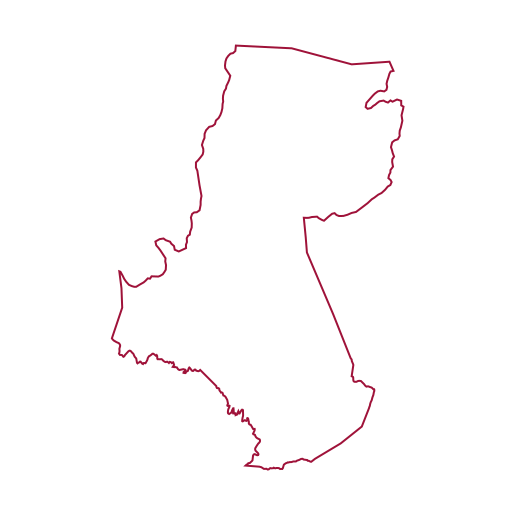 San Miguel Quetzaltepec, Oaxaca, Mexico, rotated 187°
{"feature_id": "50627088B89503535126650", "entity_name": "San Miguel Quetzaltepec", "entity_type": "district", "adm_level": 2, "iso_a3": "MEX", "parent_name": "Mexico", "parent_adm1": "Oaxaca", "projection": "equal_earth", "projection_center": [-95.769, 16.979], "detail": "fine", "context": "isolated", "style": "outline", "palette": "rose", "viewbox_px": 512, "rotation_deg": 187, "n_neighbors": 0, "source": "geoboundaries", "source_scale": "gbopen_adm2", "svg_char_len": 6025}
<svg xmlns="http://www.w3.org/2000/svg" viewBox="0 0 512 512"><g transform="rotate(187 256 256)"><path d="M149.6,166.1L172.3,207.6L205.9,265.7L208.9,280.5L213.2,299.8L210.4,300.0L208.1,300.4L205.3,301.5L200.2,302.5L198.3,301.2L194.8,299.8L192.8,299.3L188.9,303.8L185.6,307.2L183.2,308.1L181.1,306.5L178.5,305.8L174.2,306.4L170.2,308.1L166.3,310.4L162.1,311.9L151.7,322.0L148.0,326.4L145.6,328.4L142.1,331.8L139.1,333.8L135.9,337.5L133.7,341.0L131.3,342.8L130.4,345.9L131.7,347.8L134.1,349.4L133.8,352.6L132.8,355.2L133.0,357.7L130.9,361.4L132.3,365.9L132.5,368.6L131.1,371.5L132.9,374.9L133.8,377.3L135.3,380.5L134.7,385.4L132.6,387.6L129.5,389.1L128.0,392.7L128.5,395.0L128.6,398.0L127.9,401.2L127.2,408.1L128.7,413.4L127.9,419.8L127.8,422.2L130.2,423.2L130.8,427.7L135.1,428.5L139.3,425.8L141.5,426.8L143.7,424.4L146.2,424.9L148.3,425.8L152.3,424.6L154.4,422.6L156.0,420.8L158.0,419.2L159.9,416.9L163.2,415.7L165.3,417.2L165.0,421.5L159.6,429.4L157.9,431.6L155.2,434.2L152.6,435.2L148.8,435.0L146.8,436.8L146.4,439.8L147.4,442.8L147.1,445.9L146.4,449.2L145.8,453.1L144.9,455.5L142.1,456.5L147.2,465.1L184.4,457.9L245.9,466.5L301.6,462.4L301.5,456.9L303.5,454.6L306.0,453.7L307.9,451.3L309.4,448.5L310.0,445.4L310.0,441.3L309.4,438.6L303.5,431.8L304.1,427.3L304.8,424.9L306.1,421.2L306.2,418.5L307.6,415.6L308.2,411.1L308.0,408.0L307.4,405.3L307.7,402.9L307.4,398.5L307.8,394.8L308.6,391.5L309.9,388.4L312.3,385.6L312.8,381.9L315.0,379.7L318.2,378.5L320.9,374.7L321.9,371.0L321.5,366.8L322.4,364.0L323.2,359.6L321.4,355.9L321.0,353.1L321.3,350.3L323.1,347.2L325.2,343.9L327.0,341.6L326.4,336.5L324.6,333.5L320.7,319.4L317.4,308.9L317.6,306.2L317.6,303.3L317.2,299.9L317.6,294.5L320.1,292.2L322.7,291.7L324.5,290.0L325.3,286.2L324.3,283.1L323.7,280.6L323.3,276.4L324.3,272.2L324.3,269.1L326.0,267.8L326.9,265.2L326.2,261.4L326.9,258.7L326.4,255.3L333.2,251.1L337.4,252.3L338.6,255.9L341.6,257.9L343.0,259.7L347.5,260.7L349.9,262.1L353.7,261.0L357.6,258.1L356.3,254.4L353.9,252.3L351.5,249.8L345.5,242.7L345.4,239.5L344.2,236.0L343.9,231.4L345.0,228.9L346.3,226.5L348.6,224.7L350.4,223.7L357.2,223.1L358.4,220.6L360.7,220.6L362.6,218.0L364.3,216.1L367.7,213.6L371.2,210.8L373.2,210.6L375.6,211.0L378.6,211.9L381.8,214.7L384.0,217.2L385.9,220.1L388.6,223.8L389.8,224.1L385.6,207.6L382.5,188.4L389.0,156.7L388.0,155.6L386.4,154.5L385.8,154.2L385.3,154.2L384.3,153.6L381.9,152.9L381.1,152.5L380.0,151.0L379.9,149.9L380.3,147.2L379.9,145.3L379.8,144.0L380.1,142.4L378.9,141.2L377.6,141.4L376.9,141.3L376.5,141.0L375.8,140.1L375.3,139.8L374.5,140.4L374.0,141.7L371.0,145.9L370.2,146.5L369.7,146.7L368.6,146.3L367.0,144.8L366.3,144.4L365.6,143.7L365.0,142.6L364.1,141.2L362.4,139.7L361.1,135.5L360.5,135.0L359.8,135.7L358.8,136.3L358.2,137.1L357.7,137.1L355.9,135.3L355.0,135.0L354.7,136.0L353.7,136.2L352.9,136.0L352.5,136.3L352.0,137.6L351.6,138.5L351.1,140.0L351.0,141.3L350.1,143.4L349.3,143.9L347.5,145.6L346.9,146.4L346.0,146.5L344.2,145.5L343.3,144.8L342.9,145.0L342.5,145.5L341.9,144.7L341.5,142.2L341.1,141.6L338.9,141.8L337.2,142.1L336.5,141.8L335.1,140.6L333.5,139.8L332.5,139.7L331.4,140.3L329.9,139.6L329.4,139.2L328.7,140.4L327.9,140.3L327.3,140.1L326.5,139.4L326.1,139.7L325.6,140.3L325.2,140.4L324.0,137.9L325.1,135.8L323.5,135.7L322.8,136.0L321.4,135.7L321.0,135.8L319.5,134.1L318.2,133.5L314.4,134.8L312.3,134.5L312.1,134.3L312.1,133.7L312.7,132.9L313.7,132.0L313.7,131.2L312.2,131.1L311.7,131.2L311.3,132.3L310.7,133.0L309.9,133.4L309.6,133.7L309.1,136.3L308.6,137.2L308.2,137.0L307.1,135.8L306.5,135.4L305.9,134.5L304.9,134.2L304.5,134.2L304.0,134.6L303.2,135.7L302.7,135.9L302.2,135.8L301.4,134.9L299.3,134.6L298.4,135.0L297.5,136.1L279.6,122.1L279.2,120.9L278.7,120.2L278.2,120.1L277.2,120.3L276.9,120.2L276.2,119.5L276.1,118.6L275.5,117.7L274.5,116.8L274.2,116.2L273.3,116.4L272.4,115.9L272.2,115.3L271.4,113.6L270.2,113.3L269.1,112.5L267.7,110.6L267.0,109.6L266.0,106.7L265.8,106.1L266.3,104.3L266.0,103.8L265.4,103.8L264.3,104.2L264.0,104.1L264.0,103.6L264.1,102.5L264.6,101.3L264.9,99.8L264.9,97.6L264.5,96.4L263.4,95.9L261.5,97.5L261.1,98.8L261.0,99.7L260.2,102.0L259.8,102.1L259.6,101.3L259.2,99.2L259.1,98.5L259.6,97.3L259.5,97.0L258.7,97.1L258.2,96.9L257.6,97.4L257.2,97.4L257.0,96.9L256.8,95.6L255.2,96.5L255.0,97.1L255.1,98.1L254.6,99.8L253.7,98.1L253.1,97.8L251.7,101.1L251.1,101.8L250.4,101.7L250.1,101.2L250.0,100.4L249.4,96.4L249.4,95.4L249.6,94.0L249.7,92.0L249.6,90.4L249.2,90.2L248.6,90.5L247.5,91.5L247.0,91.7L245.6,91.1L245.0,91.4L244.8,91.8L244.7,92.6L245.0,93.5L244.9,94.0L244.5,94.1L244.0,93.6L243.8,93.2L243.4,91.8L242.9,90.7L242.7,88.9L242.2,88.2L241.7,87.9L240.8,87.9L240.1,87.1L239.2,85.9L237.7,83.9L236.3,84.2L236.1,83.4L236.2,82.5L236.9,80.3L237.3,79.2L236.8,78.7L235.3,78.4L234.3,76.6L233.3,75.7L232.2,75.1L231.1,74.8L229.9,74.3L229.5,73.2L229.5,72.2L230.2,70.9L230.8,70.3L232.1,67.8L233.3,65.1L233.3,64.1L233.0,63.2L232.5,62.5L231.5,61.8L230.8,61.2L230.0,60.6L229.5,59.8L229.4,59.2L229.6,58.7L230.5,58.4L231.2,58.5L233.1,59.2L234.1,58.7L234.6,57.5L234.6,52.7L234.9,52.2L236.9,49.8L238.4,49.4L239.1,48.1L239.8,47.9L240.8,46.7L227.0,47.3L224.9,47.0L222.3,45.7L221.1,45.8L219.8,46.1L218.3,45.5L217.4,45.8L216.0,47.2L214.9,47.1L212.7,47.6L212.5,48.0L211.1,47.6L209.8,48.1L207.5,48.3L206.1,47.5L205.4,47.7L204.0,47.8L203.5,48.7L202.9,52.3L201.2,53.9L200.3,54.3L199.4,55.0L198.6,55.0L197.6,55.5L195.6,55.8L194.0,56.6L191.4,56.9L190.5,57.8L188.2,58.9L186.5,60.1L185.0,60.4L184.0,59.8L180.2,59.7L179.8,59.1L178.6,59.1L176.9,58.5L176.1,58.5L172.7,61.9L149.1,80.3L130.2,99.6L125.2,119.1L125.2,119.6L124.8,120.9L124.6,123.4L124.3,124.9L123.6,126.9L123.2,129.9L122.6,132.3L122.4,135.4L122.2,135.9L122.2,137.4L122.5,138.1L123.2,138.0L125.0,139.4L126.0,139.7L127.3,139.9L128.4,140.3L129.4,140.2L130.5,139.8L131.9,140.7L133.1,142.0L136.6,144.7L138.2,144.7L139.4,144.4L141.0,143.4L142.2,143.2L143.1,143.2L143.8,143.6L144.3,144.7L144.7,147.2L145.1,147.9L146.4,148.3L146.1,159.7L146.5,160.6L148.1,163.4L148.3,164.3L148.5,165.0L149.6,166.1Z" fill="none" stroke="#9f1239" stroke-width="2"/></g></svg>